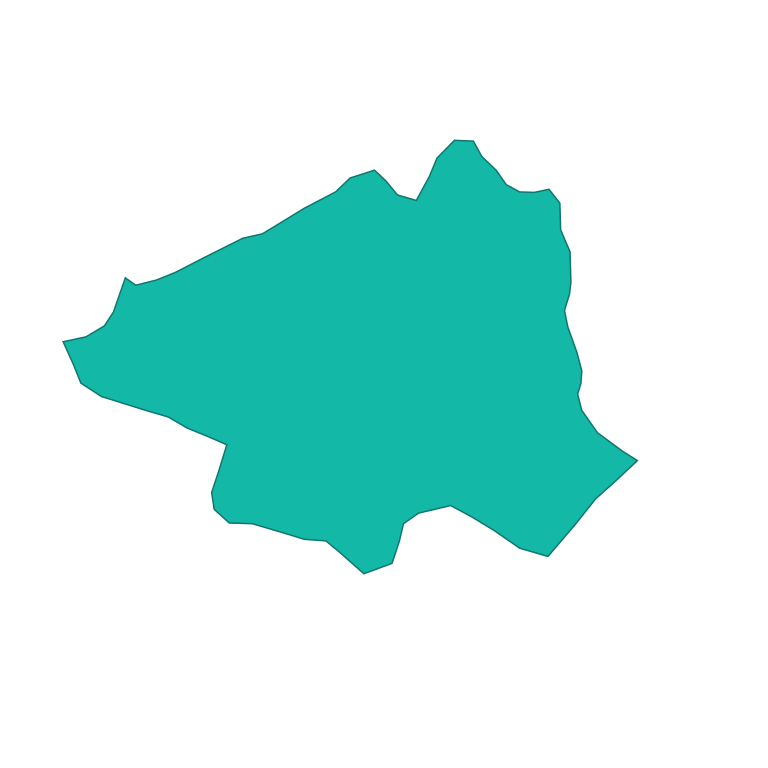 Agkomi Ammochostou, Cyprus, rotated 55°
{"feature_id": "46923920B44802407724135", "entity_name": "Agkomi Ammochostou", "entity_type": "district", "adm_level": 2, "iso_a3": "CYP", "parent_name": "Cyprus", "parent_adm1": "", "projection": "orthographic", "projection_center": [33.885, 35.158], "detail": "fine", "context": "isolated", "style": "filled", "palette": "teal", "viewbox_px": 768, "rotation_deg": 55, "n_neighbors": 0, "source": "geoboundaries", "source_scale": "gbopen_adm2", "svg_char_len": 1094}
<svg xmlns="http://www.w3.org/2000/svg" viewBox="0 0 768 768"><g transform="rotate(55 384 384)"><path d="M236.3,171.5L224.8,186.5L229.3,210.9L240.0,227.8L252.2,252.3L236.9,264.5L218.7,266.0L203.4,269.1L195.8,293.6L198.9,313.4L194.3,348.6L192.8,373.1L191.2,397.6L183.6,416.0L177.5,457.3L172.9,491.0L168.3,510.8L160.7,530.7L148.7,535.0L169.9,564.4L176.0,579.7L174.4,601.2L165.3,622.6L189.7,627.2L209.5,631.8L232.3,622.6L252.1,607.3L271.9,592.0L287.2,579.7L307.0,570.6L323.8,559.8L343.6,547.6L360.3,569.0L374.0,587.4L389.3,595.0L409.1,590.5L422.8,572.1L451.7,549.1L465.5,538.4L479.2,521.6L495.9,517.0L527.9,509.3L535.5,480.2L521.8,461.9L509.6,448.1L509.6,429.7L521.8,399.1L543.1,388.4L567.5,377.7L596.4,367.0L619.3,348.6L608.6,307.3L599.5,276.7L596.4,250.7L592.1,220.4L575.5,227.3L560.9,232.2L546.3,237.1L519.0,237.1L503.4,231.2L496.5,222.4L486.8,214.5L468.3,207.7L442.9,200.8L427.3,194.0L416.6,180.3L407.8,172.5L382.5,155.8L359.1,150.9L336.7,136.2L319.1,137.2L313.3,150.9L304.5,162.7L290.9,169.5L273.3,169.5L253.8,173.4L236.3,171.5Z" fill="#14b8a6" stroke="#0f766e" stroke-width="1.5"/></g></svg>